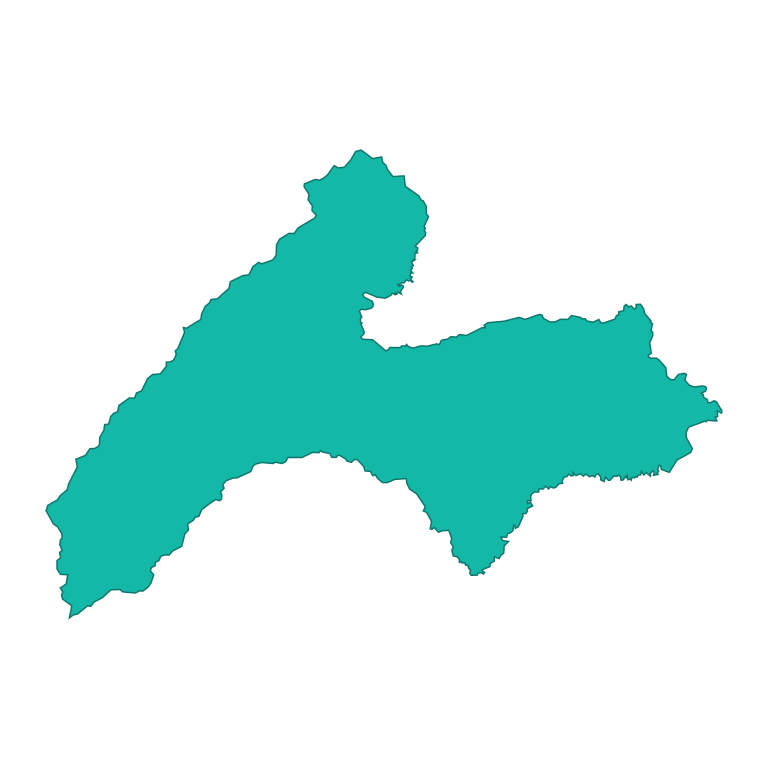 Wang Chin, Phrae, Thailand (Mercator projection)
{"feature_id": "78962969B75821341388789", "entity_name": "Wang Chin", "entity_type": "district", "adm_level": 2, "iso_a3": "THA", "parent_name": "Thailand", "parent_adm1": "Phrae", "projection": "mercator", "projection_center": [99.714, 17.875], "detail": "fine", "context": "isolated", "style": "filled", "palette": "teal", "viewbox_px": 768, "rotation_deg": 0, "n_neighbors": 0, "source": "geoboundaries", "source_scale": "gbopen_adm2", "svg_char_len": 6093}
<svg xmlns="http://www.w3.org/2000/svg" viewBox="0 0 768 768"><path d="M651.1,321.1L644.6,313.3L643.7,308.9L640.6,304.3L636.1,304.5L636.3,307.4L634.6,309.3L631.1,305.9L628.8,306.9L626.0,304.5L624.2,306.1L623.6,310.8L618.8,311.7L618.8,314.5L616.3,315.8L615.1,319.1L604.3,322.8L601.0,323.1L598.9,319.5L593.2,322.2L586.8,321.0L585.2,318.7L581.7,318.9L580.8,317.5L571.5,315.6L567.8,319.4L560.6,319.3L555.2,321.9L550.0,322.0L543.2,318.3L542.3,315.3L539.5,314.4L525.0,319.4L519.1,317.4L504.3,321.2L487.9,322.7L484.0,325.4L485.2,327.6L481.6,327.9L466.4,335.5L459.6,334.5L456.3,337.1L450.8,336.7L447.8,339.1L441.4,340.3L439.4,344.6L436.6,343.9L427.3,346.2L420.7,345.9L412.9,348.2L408.1,346.4L406.6,344.5L405.8,345.9L401.6,346.0L400.1,347.6L389.6,347.5L388.6,349.5L385.8,350.9L372.6,339.7L362.5,339.3L360.8,336.9L364.0,333.7L364.1,331.7L361.1,324.5L362.0,323.0L360.5,322.1L360.4,318.8L361.8,317.2L359.4,311.3L361.0,309.2L365.1,309.7L371.0,308.3L372.9,306.6L373.3,304.3L372.3,301.3L364.3,297.3L362.6,294.4L365.5,292.3L376.9,297.1L385.3,298.2L390.8,295.4L392.2,293.2L395.5,294.7L396.7,294.2L395.0,292.8L397.0,293.3L397.8,292.1L401.3,294.0L400.3,291.8L403.4,287.1L402.9,285.5L401.3,285.0L399.7,286.4L397.0,284.2L398.8,284.8L401.8,282.6L403.8,283.0L406.6,279.8L408.5,280.9L410.5,280.3L412.1,282.2L413.0,281.6L410.9,279.8L412.0,276.9L410.1,276.7L410.8,272.9L412.8,273.0L410.6,270.5L412.4,268.1L411.1,266.6L413.3,265.5L411.4,262.1L414.5,260.1L413.1,260.1L414.8,258.9L415.0,253.2L417.6,252.7L416.2,251.1L417.5,250.4L417.7,247.9L415.1,246.2L425.2,235.6L425.7,232.7L424.3,230.6L425.4,228.6L424.1,226.4L428.5,216.6L426.4,213.8L426.2,206.1L423.1,200.8L421.2,200.2L418.9,195.9L405.3,186.3L404.0,175.9L392.9,176.6L387.5,169.5L385.9,165.2L382.8,162.6L381.7,157.0L372.6,158.6L361.2,150.1L355.7,151.5L350.7,160.0L344.5,167.2L338.6,168.0L334.1,165.7L327.5,174.9L323.5,178.2L319.5,180.2L315.2,179.5L304.4,183.9L304.1,186.6L309.0,194.4L308.1,199.8L312.4,206.0L312.0,210.5L316.2,215.2L314.9,217.9L298.3,227.8L294.1,233.5L289.1,233.4L279.6,239.2L276.5,244.8L276.2,255.2L272.7,260.0L261.9,263.8L258.5,262.4L252.9,266.8L248.9,274.9L242.8,275.6L230.4,281.7L228.9,288.4L217.4,298.8L211.1,299.5L209.1,303.3L205.2,306.3L201.6,314.1L200.9,319.4L186.6,328.2L183.3,327.6L184.6,332.3L177.7,348.8L175.3,350.8L176.3,354.6L173.6,360.0L170.2,362.0L166.3,362.1L166.3,366.3L160.2,374.0L152.6,374.5L147.7,378.4L141.6,390.8L136.5,393.0L134.6,398.1L129.3,398.0L118.9,405.5L117.6,411.9L113.8,413.2L110.7,416.5L108.7,424.1L104.7,424.6L103.9,430.3L99.8,437.3L99.5,444.1L98.2,446.5L94.5,448.6L89.9,448.7L85.5,455.4L75.9,459.3L77.3,466.9L68.6,484.0L67.2,489.8L60.3,495.6L57.5,499.8L47.8,505.4L46.1,510.7L53.5,524.0L57.7,526.9L62.0,534.1L62.1,538.2L60.4,539.8L59.8,544.8L62.2,550.4L59.6,552.4L60.5,557.9L57.0,560.6L57.0,568.9L60.5,574.4L67.8,574.7L66.1,584.1L60.3,587.9L62.8,592.0L61.5,594.9L62.6,599.1L71.8,605.7L69.4,617.9L73.3,614.9L77.5,614.0L87.6,605.8L90.8,606.3L93.8,602.2L102.8,597.4L110.8,589.8L119.9,589.5L122.9,591.9L135.3,593.0L139.8,590.8L142.8,591.1L147.9,587.3L151.0,583.0L153.7,574.7L150.4,571.1L151.3,567.6L155.1,565.7L155.4,562.1L158.8,560.7L160.8,556.3L165.0,554.8L169.0,555.1L172.9,550.8L181.7,546.3L184.8,534.1L188.5,529.8L187.6,524.0L193.6,520.1L195.0,517.3L198.9,516.3L201.7,509.7L210.4,503.0L215.8,499.5L219.4,500.7L221.5,499.1L221.8,495.2L220.6,491.8L224.1,488.2L222.8,484.7L226.0,480.8L233.1,478.0L237.2,477.8L250.7,471.6L253.2,465.7L255.7,464.1L261.6,462.5L273.0,463.5L275.3,462.2L281.9,463.5L285.4,461.9L288.0,457.5L301.9,457.5L312.6,452.4L319.0,452.7L320.7,450.6L322.8,452.2L329.8,453.4L331.7,457.3L336.2,457.4L337.5,455.5L339.6,455.3L345.5,458.9L347.1,461.1L351.4,462.3L354.4,459.5L357.4,459.6L363.8,466.7L365.0,470.9L370.4,471.4L372.8,475.7L375.4,474.7L377.7,478.5L382.5,482.6L387.2,482.6L394.7,479.4L406.2,478.6L407.1,483.9L409.9,489.3L416.7,493.9L424.8,506.0L425.0,508.0L423.2,510.9L426.6,512.4L431.6,521.5L430.2,528.8L431.9,529.4L434.2,527.5L438.5,532.2L442.8,530.6L448.9,530.5L451.7,538.7L450.6,542.5L453.2,546.8L451.8,550.5L453.3,555.9L457.4,556.8L459.3,559.3L459.4,562.3L461.1,561.6L462.0,563.0L464.7,562.8L465.6,565.1L468.1,565.4L468.6,568.3L470.5,570.1L469.8,573.3L471.1,575.3L477.3,575.1L478.0,573.1L481.4,572.8L483.5,574.0L484.6,572.3L482.4,571.0L482.4,569.5L489.8,566.7L490.3,563.3L494.2,561.2L494.4,556.8L499.1,558.6L500.9,555.1L503.7,553.3L504.2,545.9L508.5,541.5L502.3,540.5L501.1,536.9L506.6,537.2L507.7,533.1L509.9,533.2L513.0,530.6L513.6,525.1L515.1,525.7L515.3,528.3L518.3,526.8L523.0,516.3L522.6,513.6L525.9,513.5L527.4,511.3L526.9,508.9L532.7,505.9L530.5,502.4L527.7,503.6L527.5,500.7L531.1,500.7L530.6,496.2L531.8,493.9L534.5,492.0L538.7,492.0L538.9,488.8L543.1,489.0L545.7,486.2L548.7,488.9L550.4,486.6L553.3,488.0L555.8,487.3L559.0,483.8L562.6,483.3L562.2,480.8L564.1,477.1L566.7,476.6L568.7,474.2L571.2,475.9L573.3,475.5L573.0,472.6L576.1,475.6L580.2,473.7L583.4,476.1L585.9,474.1L589.4,476.7L592.4,475.5L594.9,477.0L596.4,474.2L598.3,474.0L600.7,477.0L600.7,479.8L604.0,481.6L605.6,477.2L608.4,480.3L610.0,480.3L613.8,476.0L617.0,476.3L618.3,475.0L620.4,476.6L621.1,480.3L623.3,479.8L625.0,477.0L626.6,477.8L626.1,476.6L627.2,475.3L627.9,479.7L630.5,479.1L631.2,480.1L632.0,477.4L634.8,477.8L635.6,476.6L637.2,477.1L638.3,474.9L640.6,474.9L641.4,471.2L643.7,475.0L646.3,472.8L650.4,476.1L650.4,473.4L653.0,470.7L654.3,472.9L653.5,475.3L658.0,474.4L657.2,472.7L658.6,471.5L657.7,469.2L659.1,465.2L660.6,465.7L661.5,469.4L669.2,472.4L677.1,460.0L690.5,452.6L692.4,448.7L686.3,437.6L686.2,432.3L688.6,427.1L704.7,421.2L706.3,421.7L707.3,420.3L716.8,420.9L715.2,417.0L717.7,416.6L717.2,410.9L721.5,413.1L721.9,410.8L716.1,401.5L713.9,400.8L710.6,402.7L707.9,402.6L707.4,399.5L703.8,397.6L703.2,394.6L701.3,393.2L705.6,391.1L706.5,388.2L705.6,386.7L702.6,385.9L694.2,387.0L689.3,385.3L684.9,380.2L686.4,374.3L684.3,373.3L678.3,374.5L674.3,379.7L670.5,379.6L666.8,376.3L665.8,367.7L659.2,360.1L656.4,358.1L651.0,358.3L648.3,356.8L648.4,355.2L651.3,353.2L649.7,342.8L652.8,335.4L652.6,332.2L651.0,330.8L652.5,323.6L650.5,322.7L651.1,321.1Z" fill="#14b8a6" stroke="#0f766e" stroke-width="1.5"/></svg>